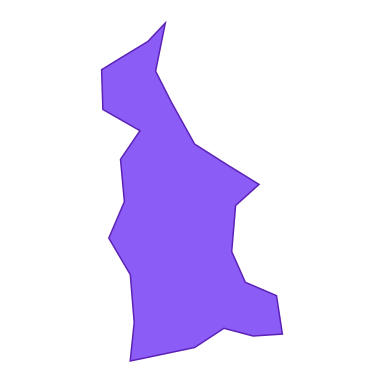 Agios Georgios Soleas, Cyprus
{"feature_id": "46923920B58040369726665", "entity_name": "Agios Georgios Soleas", "entity_type": "district", "adm_level": 2, "iso_a3": "CYP", "parent_name": "Cyprus", "parent_adm1": "", "projection": "robinson", "projection_center": [32.886, 35.117], "detail": "fine", "context": "isolated", "style": "filled", "palette": "violet", "viewbox_px": 384, "rotation_deg": 0, "n_neighbors": 0, "source": "geoboundaries", "source_scale": "gbopen_adm2", "svg_char_len": 438}
<svg xmlns="http://www.w3.org/2000/svg" viewBox="0 0 384 384"><path d="M101.6,69.7L102.9,109.5L140.0,130.7L120.5,159.4L124.4,201.7L108.8,238.1L130.3,274.6L134.2,322.6L130.2,361.0L194.6,347.5L223.9,328.3L253.1,336.0L282.4,334.1L276.5,295.7L245.3,282.3L231.7,251.6L235.6,205.5L259.0,184.4L227.8,165.2L194.6,144.1L171.2,101.9L155.6,71.2L165.3,23.0L147.8,41.5L121.6,57.4L101.6,69.7Z" fill="#8b5cf6" stroke="#5b21b6" stroke-width="1.5"/></svg>